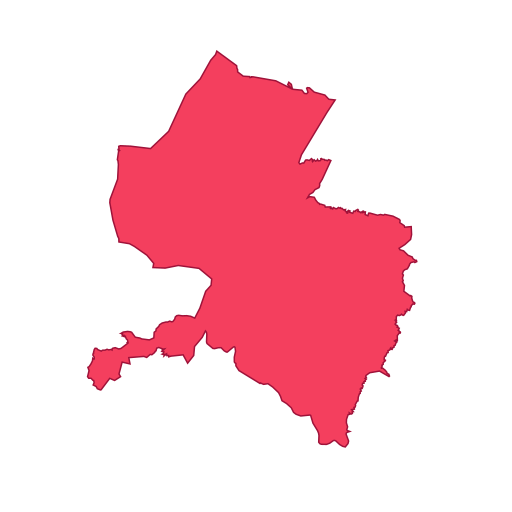 Eduardo Neri, Guerrero, Mexico (Albers equal-area conic projection), rotated 200°
{"feature_id": "50627088B91024651909161", "entity_name": "Eduardo Neri", "entity_type": "district", "adm_level": 2, "iso_a3": "MEX", "parent_name": "Mexico", "parent_adm1": "Guerrero", "projection": "albers", "projection_center": [-99.66, 17.814], "detail": "fine", "context": "isolated", "style": "filled", "palette": "rose", "viewbox_px": 512, "rotation_deg": 200, "n_neighbors": 0, "source": "geoboundaries", "source_scale": "gbopen_adm2", "svg_char_len": 6075}
<svg xmlns="http://www.w3.org/2000/svg" viewBox="0 0 512 512"><g transform="rotate(200 256 256)"><path d="M107.9,123.2L110.4,123.2L111.3,123.8L111.5,126.8L114.0,130.1L115.1,133.5L115.2,138.4L114.1,139.1L114.7,140.5L112.9,139.9L112.2,140.2L111.6,141.1L112.3,142.4L111.3,143.0L113.6,144.4L111.2,145.7L112.1,147.2L111.3,147.5L111.2,149.4L111.9,150.3L111.3,154.2L110.6,154.7L111.6,158.2L111.7,161.9L111.1,162.5L111.7,164.0L110.9,165.1L112.3,166.4L111.8,166.6L112.1,167.6L111.0,167.9L111.4,168.4L110.8,169.5L111.2,170.8L112.1,171.1L112.3,172.8L111.0,173.4L111.6,174.9L110.5,175.6L111.0,176.3L110.2,178.1L111.6,178.3L110.8,179.7L111.7,180.3L111.8,181.4L109.2,185.2L100.6,190.1L89.8,188.2L89.5,188.8L90.7,190.3L92.7,190.5L93.3,191.5L95.4,192.8L98.8,194.0L99.7,193.4L100.0,193.8L99.8,195.8L100.4,196.4L99.4,197.7L100.0,199.2L98.6,201.9L98.8,202.4L100.1,202.3L100.8,204.8L100.6,206.0L100.0,206.1L99.8,209.8L98.8,210.5L99.6,212.3L98.2,213.3L98.1,215.5L97.9,215.9L97.0,214.6L96.1,214.8L96.1,216.6L95.1,217.5L95.6,219.0L94.7,219.7L94.8,221.9L94.3,223.2L96.7,223.6L95.6,225.1L94.6,224.5L94.2,224.8L96.0,229.5L95.1,232.5L94.1,232.9L94.1,233.5L94.4,234.0L95.5,233.8L96.2,234.9L96.9,234.8L96.7,237.1L99.0,237.4L98.6,238.3L99.0,238.7L100.0,239.1L100.4,238.8L102.0,239.6L101.2,241.9L102.1,242.1L102.0,243.5L103.1,243.5L102.5,244.3L103.4,247.1L102.7,248.9L101.0,249.0L99.6,250.3L99.4,251.0L97.4,250.5L96.9,250.9L96.1,253.6L96.9,255.0L95.4,255.2L95.6,257.6L94.7,257.2L93.1,257.4L93.2,260.6L92.8,261.4L93.1,262.3L92.2,264.6L90.8,264.8L90.5,265.6L91.1,266.5L92.4,266.4L93.5,267.3L95.3,269.8L95.7,271.4L97.1,271.8L97.5,271.2L105.0,273.4L106.4,279.1L109.6,281.9L109.2,283.1L110.8,285.2L111.0,288.5L112.3,289.3L112.4,292.2L111.5,294.0L109.4,295.7L108.7,299.7L108.9,300.9L108.1,302.9L105.5,304.6L104.5,304.2L103.0,305.7L103.8,306.8L105.0,306.4L107.7,307.2L108.8,308.5L113.4,308.7L119.1,311.3L122.9,311.1L124.2,312.2L120.0,317.7L116.4,324.5L117.1,329.3L120.2,336.7L126.2,333.9L127.1,335.2L132.3,336.5L132.6,338.4L133.6,339.4L140.9,340.3L149.3,339.1L150.1,338.0L153.2,337.6L155.7,335.9L163.6,335.3L164.8,334.8L164.6,332.1L167.6,332.3L168.3,334.8L170.4,333.4L170.1,334.8L170.7,334.9L172.6,332.5L173.4,333.0L175.5,332.7L175.4,334.1L176.3,334.6L178.1,332.6L178.1,331.7L179.5,331.6L179.7,329.2L183.7,329.1L183.1,330.4L184.7,330.5L185.6,328.7L184.8,327.6L185.6,327.5L186.7,328.8L187.8,329.0L187.8,330.3L189.6,329.3L191.3,330.2L191.9,329.8L193.1,330.3L193.3,329.7L195.2,329.8L195.8,328.5L197.0,327.7L199.8,328.0L200.0,326.5L201.2,327.0L201.7,326.1L202.4,326.2L202.6,327.7L207.7,325.7L208.7,327.1L213.0,326.9L213.9,326.3L214.4,327.0L216.2,327.3L219.0,329.0L221.3,331.1L225.7,330.2L227.5,328.2L226.8,332.2L224.3,335.1L223.3,338.5L220.2,341.8L220.2,343.9L221.0,345.8L220.0,350.6L218.3,371.3L220.7,371.4L221.6,369.9L223.1,370.1L224.0,369.5L224.9,370.1L226.6,369.6L227.9,370.0L228.4,369.5L227.9,368.7L228.3,367.5L230.0,366.7L231.2,367.8L231.4,366.6L232.5,365.5L234.2,366.3L235.1,364.0L235.7,364.6L235.6,365.8L237.2,366.5L238.6,364.0L240.9,363.8L242.2,363.1L242.9,359.6L244.2,359.3L246.1,357.4L247.7,358.4L247.9,366.8L238.4,415.3L235.0,429.7L241.2,428.2L246.3,430.8L257.3,429.9L263.3,432.3L265.3,431.8L265.8,431.0L263.1,427.6L263.8,425.9L266.1,425.3L269.6,427.5L278.2,425.3L279.2,425.8L281.5,429.4L284.6,430.5L284.8,427.8L278.7,425.2L297.3,427.4L319.8,423.4L321.5,422.9L321.3,422.5L322.7,421.6L323.4,422.4L329.5,420.6L336.2,422.7L337.1,425.0L338.1,425.8L339.3,428.2L362.9,435.1L362.9,431.4L365.5,424.5L369.0,403.3L377.3,384.2L380.7,343.3L391.8,320.9L411.4,316.3L421.2,313.2L422.5,312.1L421.3,309.5L422.0,309.1L421.9,308.6L420.4,308.3L421.0,307.7L419.2,299.0L418.4,298.5L416.6,294.9L412.3,280.9L412.5,259.3L411.6,256.1L402.7,240.8L392.7,227.2L390.9,225.5L389.6,222.3L379.1,224.3L373.5,223.4L358.7,219.4L349.6,214.1L348.9,209.9L337.2,213.6L325.8,220.5L305.3,224.9L289.8,219.3L288.2,213.1L291.2,205.7L290.9,187.8L292.3,176.7L296.8,177.0L300.7,176.2L304.7,174.6L308.4,173.8L310.1,172.8L311.0,171.1L310.8,168.8L311.7,166.0L312.7,165.3L314.8,165.3L316.6,163.6L318.0,163.2L321.3,160.9L323.1,158.4L323.3,156.6L324.9,153.3L324.4,151.4L325.6,149.5L324.0,144.1L327.5,140.7L335.0,139.0L337.0,139.2L341.7,138.4L346.8,141.8L348.4,141.8L350.9,141.2L354.8,139.1L356.3,137.2L354.9,137.6L354.5,136.8L354.9,136.1L354.1,135.8L354.1,135.2L352.8,136.1L352.7,135.3L351.5,135.8L351.5,135.2L350.8,135.2L349.6,133.8L348.1,133.2L346.6,130.8L347.4,130.5L346.8,129.9L351.2,123.0L353.1,121.7L356.9,121.7L359.0,120.4L359.4,119.8L359.1,118.4L360.2,118.6L362.3,117.4L364.1,117.4L365.6,115.9L368.0,115.0L368.9,113.7L372.7,113.9L374.0,114.7L375.6,114.3L376.0,112.9L375.7,109.7L375.3,109.3L375.7,108.2L375.3,107.0L373.4,105.6L372.8,104.1L372.9,103.7L374.4,104.1L373.8,101.5L374.2,98.1L375.0,94.9L375.9,93.9L373.7,91.2L373.0,85.0L371.4,83.9L369.2,84.7L366.7,83.4L365.9,83.5L364.8,81.5L364.9,79.1L361.6,78.7L359.7,77.0L356.4,76.9L355.8,77.3L351.6,91.0L346.3,90.7L342.0,96.3L344.4,98.3L345.5,110.5L337.5,111.5L340.8,117.0L327.0,123.3L324.0,123.3L321.8,127.3L320.1,127.6L318.2,130.7L318.2,131.8L317.5,132.7L317.8,135.4L316.1,136.8L311.2,136.8L310.2,137.4L310.7,136.3L311.9,135.4L311.3,134.9L311.7,134.2L309.8,134.4L309.8,132.4L310.5,131.7L308.9,131.7L308.3,132.2L308.2,130.7L306.5,133.5L305.7,131.9L304.1,132.6L303.5,131.4L301.7,132.8L290.7,138.2L283.6,131.9L280.5,141.2L282.8,149.9L278.7,161.2L277.9,168.3L276.6,167.5L275.5,165.8L273.1,158.3L272.1,157.0L264.9,154.4L263.2,154.8L260.1,156.9L257.4,157.9L253.4,156.0L251.0,155.6L250.1,155.9L246.1,162.8L245.4,163.3L244.5,163.0L242.6,159.4L241.8,153.5L240.2,149.2L239.6,148.5L238.2,148.2L237.3,145.9L232.8,142.5L208.7,137.6L208.5,138.2L205.0,138.0L201.1,140.1L195.5,138.6L188.0,135.3L185.0,132.5L182.1,128.9L176.8,127.8L171.0,125.5L167.2,121.9L164.3,121.0L159.2,121.0L150.9,125.0L150.1,124.9L145.3,118.4L138.4,112.9L136.6,110.9L135.4,108.8L133.4,102.5L131.9,101.5L130.3,101.4L125.3,103.1L122.7,105.3L120.2,109.0L119.1,109.6L117.9,109.6L113.0,107.5L109.5,106.8L106.8,107.1L105.4,111.2L105.7,113.8L110.4,119.4L110.6,120.4L110.1,121.4L107.9,123.2Z" fill="#f43f5e" stroke="#9f1239" stroke-width="1.5"/></g></svg>